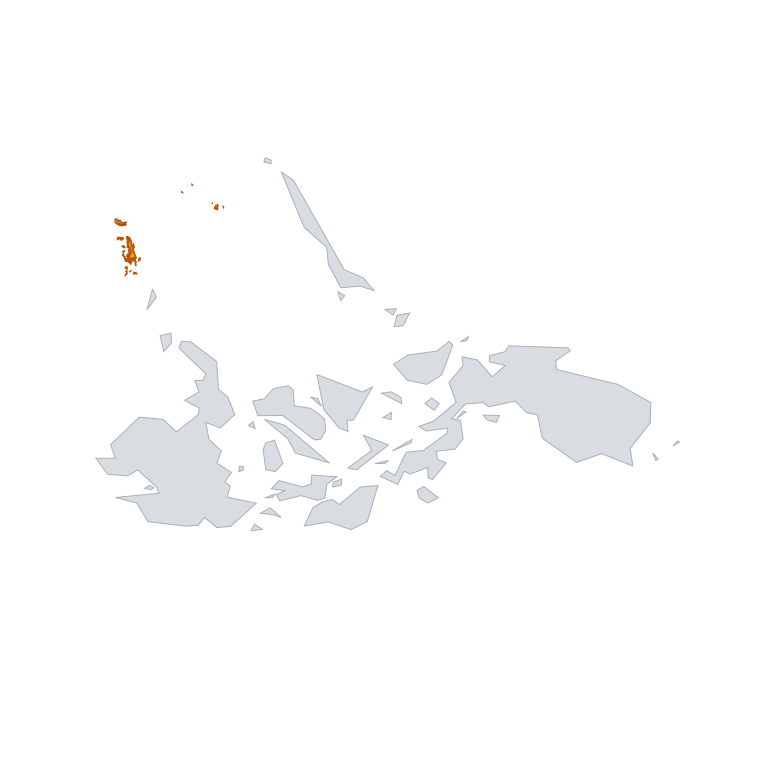 Tawi-Tawi, Tawi-Tawi, Philippines (highlighted), rotated 104°
{"feature_id": "2640588B18152609363823", "entity_name": "Tawi-Tawi", "entity_type": "district", "adm_level": 2, "iso_a3": "PHL", "parent_name": "Philippines", "parent_adm1": "Tawi-Tawi", "projection": "mercator", "projection_center": [119.908, 5.883], "detail": "fine", "context": "in_parent", "style": "filled", "palette": "amber", "viewbox_px": 768, "rotation_deg": 104, "n_neighbors": 0, "source": "geoboundaries", "source_scale": "gbopen_adm2", "svg_char_len": 9685}
<svg xmlns="http://www.w3.org/2000/svg" viewBox="0 0 768 768"><g transform="rotate(104 384 384)"><path d="M357.3,116.2L386.8,129.6L403.4,122.7L398.9,155.9L413.5,178.3L398.3,217.2L376.8,227.6L377.3,238.5L368.8,252.7L380.8,276.8L378.1,283.2L383.6,300.1L401.3,309.9L400.8,301.0L417.8,294.0L430.0,299.3L436.6,317.2L444.4,313.7L445.3,304.5L464.9,313.7L464.6,318.4L454.4,321.5L465.1,336.8L463.7,343.3L477.9,346.4L474.6,365.4L467.4,360.4L470.2,351.2L444.9,346.0L439.1,329.8L416.5,310.8L411.5,311.6L419.4,331.7L416.7,339.9L407.8,326.6L384.1,309.6L366.9,321.4L346.9,311.7L338.8,315.0L338.0,299.3L350.9,280.6L336.7,270.9L336.9,287.2L331.0,288.5L323.5,274.5L316.8,272.2L304.5,214.3L306.8,211.4L319.9,222.9L328.2,220.3L327.8,157.0L337.4,120.7L357.3,116.2ZM530.6,479.1L559.3,498.4L563.7,511.4L557.1,525.8L566.1,530.2L569.8,541.5L574.7,579.7L559.2,595.5L559.1,617.2L544.6,576.3L539.3,579.1L527.0,602.0L535.3,611.0L538.4,630.4L525.7,645.6L521.1,626.8L509.0,634.6L475.4,613.4L471.7,589.9L480.5,573.8L459.0,556.9L452.1,557.3L448.1,573.4L436.4,561.6L426.3,568.5L424.3,560.8L417.4,559.1L398.6,591.7L391.5,590.9L389.9,581.7L402.6,551.8L429.1,543.4L434.6,532.2L449.8,521.4L466.3,532.3L464.3,547.7L480.1,540.4L488.3,525.6L501.3,527.1L506.7,510.6L517.5,514.8L520.2,508.4L531.7,508.9L530.6,479.1ZM445.3,498.6L432.4,507.2L427.3,496.7L415.2,490.1L408.8,476.4L411.6,470.8L426.8,465.8L425.3,449.0L431.9,433.5L442.8,429.2L452.8,432.1L455.1,437.8L439.0,474.8L445.3,498.6ZM521.4,367.0L533.2,380.7L531.4,404.9L541.1,426.9L521.2,423.1L513.3,415.1L508.6,406.4L511.7,398.0L489.9,382.3L483.9,365.3L521.4,367.0ZM389.6,394.4L426.2,404.8L428.4,411.1L438.9,407.3L437.3,417.3L423.5,436.1L391.1,451.4L397.0,402.9L389.6,394.4ZM251.5,499.2L203.2,534.9L208.4,521.0L282.8,450.1L286.0,430.0L295.8,416.3L294.8,430.8L301.1,449.1L281.5,466.8L265.2,472.7L251.5,499.2ZM329.5,326.7L361.3,330.2L374.0,342.5L374.7,362.5L362.6,379.6L350.1,367.7L339.4,340.9L327.0,331.0L329.5,326.7ZM495.0,415.1L509.1,413.9L513.0,420.4L512.4,437.6L522.6,456.9L517.6,461.7L511.4,454.5L513.0,468.0L503.2,462.5L503.5,437.8L498.5,430.5L489.9,432.0L485.4,407.3L495.0,415.1ZM447.3,491.4L447.9,470.6L473.8,417.9L472.5,453.2L460.4,464.1L447.3,491.4ZM495.8,477.9L477.1,485.4L469.7,484.4L465.0,476.6L485.6,462.9L495.2,468.2L495.8,477.9ZM442.0,364.8L473.9,389.8L474.1,398.5L451.4,379.7L438.8,391.5L442.0,364.8ZM486.3,322.0L479.2,326.2L473.8,320.8L481.2,303.8L488.8,312.3L486.3,322.0ZM405.7,605.5L391.3,613.0L386.2,603.1L395.2,600.0L405.7,605.5ZM309.0,376.3L322.6,379.5L326.0,388.0L314.0,388.1L309.0,376.3ZM389.5,325.8L397.4,328.9L393.1,339.5L386.1,334.4L389.5,325.8ZM354.7,625.8L369.5,632.0L348.3,631.5L354.7,625.8ZM539.3,472.7L531.6,464.5L538.4,451.6L537.6,459.4L539.3,472.7ZM398.7,362.0L393.5,384.2L389.9,375.0L393.0,364.2L398.7,362.0ZM320.1,656.2L321.2,662.7L306.5,666.7L320.1,656.2ZM394.2,265.8L393.8,275.9L390.2,280.2L386.6,264.5L394.2,265.8ZM420.7,439.4L414.3,452.2L414.2,444.8L420.7,439.4ZM315.0,391.8L311.4,401.0L308.0,390.3L315.0,391.8ZM496.4,409.0L491.4,409.3L486.5,402.0L492.5,401.1L496.4,409.0ZM416.9,368.5L416.8,376.9L409.7,370.0L416.9,368.5ZM558.4,477.4L551.3,475.8L554.5,466.9L558.4,477.4ZM434.3,343.2L447.1,360.0L430.9,343.5L434.3,343.2ZM313.9,446.3L305.4,450.9L307.7,443.5L313.9,446.3ZM458.6,498.3L457.0,505.4L452.2,501.8L458.6,498.3ZM460.7,363.7L463.5,373.6L457.2,361.0L460.7,363.7ZM197.7,554.3L193.3,553.8L194.3,547.6L197.6,546.9L197.7,554.3ZM504.3,503.8L498.7,504.2L498.2,500.4L501.5,499.7L504.3,503.8ZM543.1,591.1L539.0,586.7L540.3,582.2L543.0,584.4L543.1,591.1ZM321.9,314.3L324.4,320.0L317.7,313.5L321.9,314.3ZM521.1,464.6L523.3,472.0L517.2,463.0L521.1,464.6ZM392.4,101.9L386.0,106.6L390.7,99.6L392.4,101.9ZM399.9,305.0L391.2,300.6L391.3,297.7L399.9,305.0ZM368.8,83.3L374.3,88.7L368.1,85.1L368.8,83.3Z" fill="#d9dde1" stroke="#a8b0b8" stroke-width="1"/><path d="M321.9,655.5L321.3,655.9L320.4,655.8L319.7,656.6L316.6,658.3L316.6,659.0L316.3,658.7L314.7,659.9L314.8,660.2L313.8,660.3L312.7,660.0L312.5,660.5L311.9,660.6L311.3,661.9L309.8,662.5L309.1,663.2L307.9,663.4L308.0,663.6L307.9,663.7L307.2,663.3L306.8,663.5L306.1,664.5L306.6,665.0L306.2,666.2L306.5,666.5L306.5,667.3L308.0,667.6L308.0,667.2L307.6,667.2L307.6,666.9L308.9,667.1L308.8,666.6L309.2,666.9L309.7,666.7L310.4,666.5L310.3,666.0L311.3,665.9L311.8,666.3L312.3,666.3L312.9,665.2L312.6,664.8L313.2,664.6L313.0,663.8L313.3,663.7L313.4,664.3L313.7,664.0L313.4,663.2L314.1,663.2L315.0,662.2L315.6,662.1L315.9,662.2L315.9,663.0L316.6,662.7L316.4,663.6L317.1,663.0L317.0,663.3L317.4,663.4L317.5,662.7L317.9,662.8L318.0,662.1L318.4,662.0L318.2,661.1L318.6,661.1L319.2,662.1L319.6,662.1L319.8,662.9L320.2,661.8L321.2,662.1L320.2,663.7L321.0,664.2L321.5,663.9L322.1,664.7L322.4,664.5L322.1,663.6L322.5,662.6L323.0,662.3L322.7,661.5L323.0,660.9L323.1,661.2L323.4,661.1L323.2,660.6L323.7,659.2L323.3,659.0L323.5,658.2L322.8,658.2L322.7,657.8L322.1,657.4L322.3,656.3L321.9,655.5ZM291.5,673.3L292.4,677.6L292.4,678.9L292.5,678.8L292.4,678.9L292.6,679.7L292.0,681.9L292.1,682.2L292.3,681.9L292.2,682.6L292.1,682.2L291.9,682.4L291.9,682.9L292.1,682.6L292.1,683.7L293.0,682.6L294.0,678.9L293.5,676.0L292.5,673.6L291.9,672.9L291.5,673.3ZM254.3,587.7L253.2,588.5L252.1,588.2L250.9,588.7L250.8,589.0L250.6,588.7L250.4,588.8L251.3,589.3L251.3,590.1L253.1,590.7L253.3,590.3L253.3,590.9L254.4,590.9L254.5,590.7L254.9,591.0L255.5,591.1L254.7,590.6L254.4,590.0L254.6,589.7L254.6,589.9L255.1,588.4L254.3,587.7ZM306.0,664.5L304.2,665.7L303.4,667.2L303.3,668.0L304.1,667.9L304.6,667.5L305.0,667.8L305.3,667.5L305.2,666.8L305.7,667.4L306.3,667.1L306.4,666.8L305.9,666.3L306.2,665.8L306.0,665.7L305.8,665.5L306.0,664.5ZM325.5,662.1L326.2,661.1L325.8,661.1L325.5,660.3L324.2,659.2L324.2,659.4L323.9,659.6L323.8,660.7L323.1,661.8L323.5,661.8L323.2,662.2L324.1,662.0L324.3,662.6L324.7,662.2L325.5,662.1ZM305.7,672.4L305.2,672.7L305.8,675.2L307.7,674.9L307.7,673.4L306.7,672.8L306.8,673.2L306.4,673.3L306.2,673.0L306.6,672.5L305.7,672.4ZM290.6,677.9L289.3,679.7L290.1,679.8L289.9,681.1L289.5,681.3L289.5,682.6L289.8,682.7L290.3,681.4L290.6,677.9ZM313.9,671.1L314.6,669.2L314.1,668.8L314.0,669.1L313.6,669.0L313.3,669.2L313.6,669.6L313.1,670.7L313.3,671.3L313.9,671.1ZM306.7,676.5L306.0,676.7L306.2,677.5L307.3,677.8L308.3,677.5L308.2,677.2L306.7,676.5ZM327.8,659.1L327.3,659.4L327.5,659.7L326.6,661.0L326.9,661.1L326.7,661.6L327.1,662.2L327.5,661.4L327.3,660.8L327.7,660.7L328.1,659.5L327.8,659.1ZM326.0,664.2L324.5,665.3L324.2,665.9L324.8,666.1L326.2,665.3L326.0,664.2ZM327.1,663.0L326.5,663.3L326.2,664.0L326.9,664.8L327.4,664.1L327.1,663.0ZM304.0,668.0L303.1,668.2L303.1,668.9L303.4,669.2L304.5,668.9L304.8,668.4L304.6,668.1L304.0,668.3L304.0,668.0ZM322.6,668.1L321.7,667.8L320.9,668.5L322.1,668.8L322.6,668.1ZM326.3,654.0L325.3,654.2L325.2,654.7L325.7,655.0L327.0,654.3L326.3,654.0ZM336.8,652.1L336.5,652.1L336.5,652.7L336.8,652.2L336.8,652.5L337.2,652.7L337.4,653.1L337.2,653.3L337.0,652.8L336.7,653.0L336.3,652.7L336.5,653.3L337.0,653.6L337.7,653.3L336.8,652.1ZM332.7,661.7L332.9,662.9L333.4,663.1L333.7,662.5L333.7,663.0L333.8,662.7L333.6,662.1L332.7,661.7ZM317.8,668.0L317.6,668.3L318.2,668.7L318.5,669.3L318.9,669.3L319.0,668.6L317.8,668.0ZM323.2,655.5L322.3,655.3L322.7,655.7L322.5,655.9L323.3,656.5L323.2,655.5ZM323.9,665.9L323.2,666.5L323.6,666.9L324.4,666.2L323.9,665.9ZM337.7,660.7L336.2,661.0L337.3,661.4L337.7,660.7ZM322.5,656.4L322.4,656.6L322.2,657.2L323.0,657.5L322.5,656.4ZM329.6,653.6L328.5,653.4L328.1,654.0L329.6,653.6ZM326.0,659.4L325.4,659.8L325.9,660.5L326.1,659.7L326.3,659.7L326.0,659.4ZM289.6,673.2L289.3,673.6L290.2,674.4L289.9,673.4L289.6,673.2ZM323.4,651.3L322.6,651.0L322.5,651.8L323.1,651.9L323.5,651.8L323.5,651.7L323.5,651.4L323.6,651.5L322.6,651.8L322.6,651.2L323.4,651.3ZM336.9,650.8L336.5,651.1L336.8,651.8L337.0,651.7L336.9,650.8ZM338.9,660.1L338.5,660.4L339.3,660.6L339.5,660.3L338.9,660.1ZM305.8,668.2L304.7,668.0L305.5,668.4L305.8,668.2ZM321.1,651.1L320.7,651.5L321.2,651.8L321.3,651.3L321.1,651.1ZM316.1,663.0L315.6,663.3L315.3,663.0L315.2,663.3L315.8,663.5L316.1,663.0ZM313.2,665.4L312.9,665.9L313.1,666.1L313.4,665.8L313.2,665.4ZM339.8,660.6L340.2,661.1L340.8,661.1L340.2,660.7L339.8,660.6ZM328.8,658.8L328.2,658.8L328.6,659.1L328.8,658.8ZM246.8,626.1L246.5,626.5L246.5,626.8L246.8,626.7L246.8,626.1ZM333.9,661.3L333.7,661.5L334.3,662.1L334.3,661.8L333.9,661.3ZM306.0,665.3L305.8,665.6L306.2,665.8L306.3,665.4L306.0,665.3ZM324.1,656.9L324.1,657.2L324.1,657.3L324.6,657.5L324.1,656.9ZM290.2,674.8L290.1,675.1L290.4,675.6L290.5,675.3L290.2,674.8ZM311.2,666.0L310.9,666.3L310.9,666.5L311.3,666.3L311.2,666.0ZM336.4,657.6L336.0,657.4L336.2,657.8L336.4,657.6ZM324.7,659.1L324.6,659.4L324.9,659.6L325.0,659.3L324.7,659.1ZM311.8,659.9L311.3,659.9L311.1,660.4L311.8,659.9ZM289.2,684.3L289.1,684.7L289.4,684.7L289.2,684.3ZM325.0,663.2L324.6,663.1L324.7,663.4L325.0,663.2ZM325.4,658.8L324.9,658.6L325.2,659.0L325.4,658.8ZM237.5,618.3L237.3,618.0L237.0,618.4L237.5,618.3ZM289.4,683.3L289.4,683.7L289.8,683.7L289.7,683.4L289.4,683.3ZM325.7,658.2L325.7,658.5L326.1,658.5L325.9,658.2L325.7,658.2ZM324.1,662.6L323.9,662.9L324.2,662.8L324.1,662.6ZM319.7,663.0L319.2,663.0L319.7,663.0ZM289.8,682.8L289.3,683.0L289.8,683.1L289.8,682.8ZM309.6,660.6L309.2,660.8L309.5,660.9L309.6,660.6ZM249.8,594.8L250.1,594.5L250.1,594.4L249.9,594.5L249.8,594.8ZM251.0,582.6L250.7,582.6L250.7,582.8L251.0,582.6ZM324.2,659.1L323.9,659.4L324.2,659.1ZM324.3,655.5L324.1,655.7L324.5,655.8L324.3,655.5ZM239.1,622.2L238.8,622.2L239.1,622.2ZM314.2,668.3L314.2,668.1L314.1,667.9L314.2,668.3ZM326.4,659.7L326.3,659.9L326.3,660.1L326.5,660.0L326.4,659.7ZM327.3,659.6L327.2,659.8L327.0,660.1L327.3,659.6ZM312.3,659.5L312.0,659.5L311.9,659.7L312.3,659.5Z" fill="#f59e0b" stroke="#b45309" stroke-width="1.5"/></g></svg>